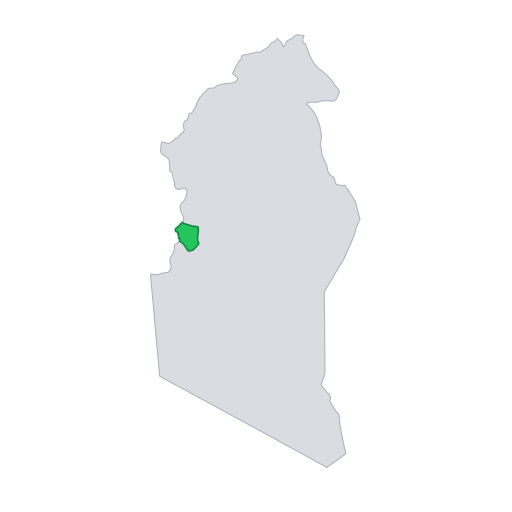 location of Dar-Tama, Wadi Fira, Chad, rotated 175°
{"feature_id": "50815135B35128958764518", "entity_name": "Dar-Tama", "entity_type": "district", "adm_level": 2, "iso_a3": "TCD", "parent_name": "Chad", "parent_adm1": "Wadi Fira", "projection": "equal_earth", "projection_center": [22.272, 14.447], "detail": "fine", "context": "in_parent", "style": "filled", "palette": "green", "viewbox_px": 512, "rotation_deg": 175, "n_neighbors": 0, "source": "geoboundaries", "source_scale": "gbopen_adm2", "svg_char_len": 4966}
<svg xmlns="http://www.w3.org/2000/svg" viewBox="0 0 512 512"><g transform="rotate(175 256 256)"><path d="M362.4,144.6L362.4,156.6L362.5,168.6L362.5,180.7L362.6,192.7L362.6,204.8L362.6,216.9L362.7,228.9L362.7,241.1L362.8,245.1L362.5,246.7L362.4,246.9L362.0,247.2L357.2,246.0L355.1,246.0L352.1,246.9L347.8,247.3L345.0,247.2L343.1,249.3L341.5,251.8L342.3,257.8L342.1,259.8L341.5,261.9L340.2,263.7L338.9,265.1L338.1,266.3L337.1,269.1L336.4,270.4L336.5,272.1L336.2,273.9L335.5,274.8L333.4,275.5L332.1,276.3L331.1,277.6L330.4,278.6L330.7,279.8L331.3,281.5L331.6,284.2L331.8,285.8L332.8,287.1L333.4,288.0L333.6,289.2L333.0,290.1L330.5,292.1L329.5,292.8L328.4,293.8L328.0,294.2L326.2,296.0L325.2,297.7L324.8,299.0L324.8,300.9L325.7,303.8L326.7,306.2L327.1,308.0L327.4,310.0L327.3,311.9L326.7,313.5L325.8,315.0L322.4,317.8L320.8,320.9L319.4,324.6L319.1,326.6L319.4,328.0L320.1,329.1L321.2,329.7L322.6,329.9L325.1,329.3L327.4,328.9L329.8,330.2L331.1,333.3L330.6,335.6L331.5,339.7L332.3,344.7L332.2,346.4L332.6,347.1L334.1,347.4L334.5,348.6L334.0,357.3L334.7,359.8L335.7,361.6L336.8,362.5L338.0,363.6L338.6,364.5L339.9,364.7L341.4,366.3L341.8,368.4L341.7,370.5L340.9,374.9L340.2,377.9L339.3,377.7L337.5,377.0L335.3,376.3L332.7,375.8L330.2,377.1L327.4,378.6L326.6,379.8L325.8,380.5L324.6,380.4L323.5,380.6L322.9,381.7L321.9,383.0L317.9,385.5L317.1,386.5L316.6,387.4L316.6,388.4L317.0,390.5L317.0,393.1L316.1,395.2L315.1,396.7L313.9,397.2L313.0,397.5L312.3,398.4L310.3,403.2L309.4,404.1L307.6,403.9L302.3,411.1L301.8,413.2L299.9,416.2L297.5,419.6L295.4,421.2L295.2,421.8L294.6,422.4L293.3,423.2L288.7,427.2L283.2,427.1L280.7,428.7L278.3,429.4L274.9,430.2L273.8,430.1L269.4,430.4L264.2,430.3L262.2,430.9L260.3,432.4L258.9,433.8L258.7,434.2L258.9,434.8L258.9,435.3L262.5,438.6L263.4,440.2L262.5,441.8L262.0,442.0L261.4,443.4L259.2,447.1L256.0,451.6L254.3,452.9L253.6,453.7L252.8,456.6L252.2,457.1L250.0,457.4L245.5,457.8L239.4,458.7L235.7,459.0L233.4,458.8L230.2,460.8L229.1,461.3L228.4,461.5L225.2,463.5L222.5,466.5L221.6,467.1L217.8,468.4L216.4,470.5L215.7,470.7L213.3,467.9L211.7,465.4L210.9,462.8L210.8,462.0L210.4,462.2L209.0,463.3L207.9,464.6L207.4,467.1L203.5,468.7L200.2,470.1L198.7,471.9L196.4,472.8L193.5,472.4L191.2,471.7L188.9,471.5L190.0,469.2L190.4,467.6L190.5,465.5L190.4,464.2L189.1,463.5L188.2,462.4L186.3,456.0L184.4,449.4L181.6,442.9L178.6,438.8L176.5,436.3L175.8,436.0L174.6,435.2L173.9,434.4L169.9,430.1L165.7,425.1L164.7,422.9L162.6,419.5L160.3,416.1L159.1,414.5L158.6,411.7L160.2,409.1L161.9,405.9L164.1,403.8L166.8,403.6L171.3,404.5L176.2,404.8L181.0,404.1L182.3,403.7L183.5,403.7L186.1,404.5L190.6,404.3L192.9,403.0L190.4,400.8L187.8,397.2L185.3,393.4L183.8,389.9L182.4,385.4L181.1,379.8L180.4,372.6L180.6,368.5L181.0,365.6L182.4,360.9L181.5,358.1L181.7,355.8L181.6,352.5L181.2,350.8L179.5,345.3L179.2,344.7L177.7,340.9L177.1,334.5L175.3,330.3L172.6,328.3L171.0,325.8L170.5,321.5L169.4,320.3L165.0,318.8L161.3,318.8L158.7,313.8L155.3,307.5L152.2,301.6L150.3,289.9L149.2,283.2L150.6,281.1L153.3,276.4L156.7,267.2L164.4,253.1L168.4,245.9L176.2,235.1L185.7,221.9L191.1,214.5L192.2,200.9L193.2,186.6L194.1,175.8L195.1,163.1L195.9,152.4L196.6,144.6L197.5,133.7L198.1,131.6L201.9,123.0L202.2,121.8L201.5,120.4L196.4,113.1L194.8,111.4L194.0,107.6L195.3,105.5L189.3,93.3L187.7,91.8L187.1,90.3L187.1,88.1L187.1,79.7L185.7,66.5L183.8,51.1L191.1,46.7L196.7,43.4L203.9,39.2L210.3,43.5L219.7,49.8L229.1,56.1L238.5,62.4L248.0,68.7L257.4,75.0L266.9,81.3L276.4,87.6L285.9,93.9L295.4,100.2L304.9,106.5L314.5,112.9L324.0,119.2L333.6,125.5L343.2,131.9L352.8,138.2L362.4,144.6Z" fill="#d9dde1" stroke="#a8b0b8" stroke-width="1"/><path d="M326.5,296.0L326.6,295.8L326.9,295.5L327.3,294.9L327.4,294.7L327.6,294.7L327.9,294.6L328.4,294.6L328.6,294.5L328.7,294.4L329.0,293.6L329.2,293.3L329.8,293.0L330.7,292.1L331.4,292.1L331.5,292.1L331.8,291.8L332.1,291.3L332.5,290.7L332.8,290.7L333.5,290.6L333.6,290.4L333.7,290.1L334.1,288.8L334.2,288.5L334.0,288.3L333.8,288.0L333.8,287.7L333.8,287.4L333.7,287.2L333.4,287.1L333.2,287.0L333.0,286.9L332.9,286.9L332.7,286.9L332.3,286.9L332.2,286.9L332.1,287.0L331.8,286.5L331.7,286.3L331.5,286.0L331.5,285.9L331.4,285.8L331.3,285.6L331.3,285.4L331.3,285.1L331.7,284.7L331.9,284.5L331.9,284.3L331.9,284.2L331.8,283.9L331.7,283.6L331.6,283.4L331.4,282.3L331.5,282.0L331.5,281.9L331.5,281.7L331.5,281.2L331.6,280.7L331.6,280.4L331.5,280.2L331.4,280.0L330.7,279.4L330.6,279.5L330.4,279.6L330.4,279.4L330.9,277.6L330.9,277.3L329.7,276.6L328.7,275.7L327.5,274.5L326.9,273.6L325.2,270.7L324.6,269.5L324.3,268.9L323.1,267.0L321.3,266.8L321.1,266.8L320.0,267.0L318.1,267.4L317.1,268.3L316.3,269.0L315.6,269.6L314.7,270.4L313.6,271.5L312.4,272.4L311.9,274.0L312.4,275.2L312.6,276.4L312.7,278.4L312.1,281.6L311.4,284.6L311.1,286.7L311.2,290.1L312.6,290.4L313.6,290.8L314.2,290.9L316.0,291.1L318.1,291.9L322.3,293.5L323.0,293.9L324.4,294.4L325.3,295.0L326.1,295.8L326.5,296.0L326.5,296.0Z" fill="#22c55e" stroke="#15803d" stroke-width="1.5"/></g></svg>